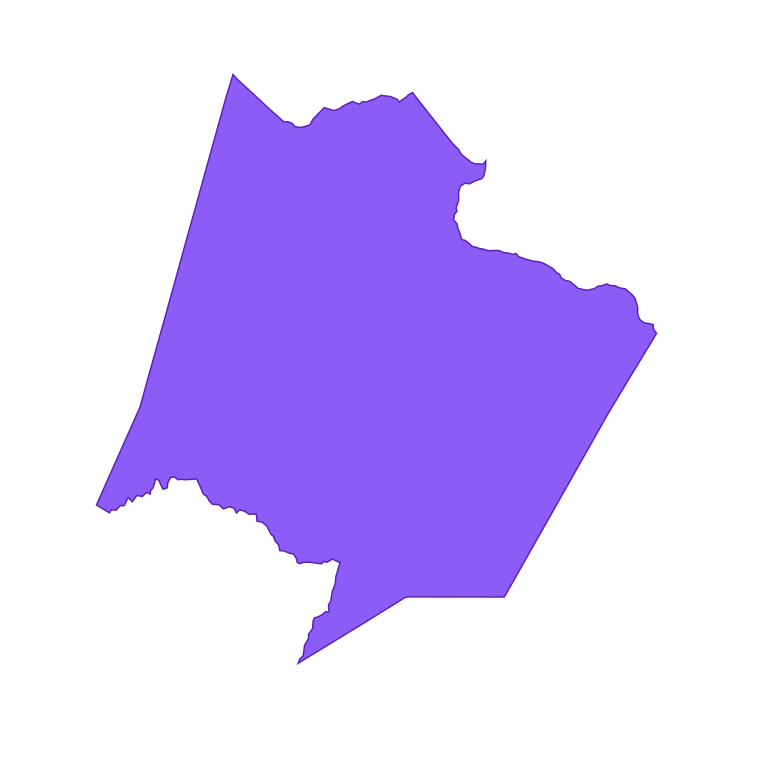 the district of Ibimirim, Pernambuco, Brazil, rotated 192°
{"feature_id": "56859067B15287287127442", "entity_name": "Ibimirim", "entity_type": "district", "adm_level": 2, "iso_a3": "BRA", "parent_name": "Brazil", "parent_adm1": "Pernambuco", "projection": "robinson", "projection_center": [-37.602, -8.575], "detail": "fine", "context": "isolated", "style": "filled", "palette": "violet", "viewbox_px": 768, "rotation_deg": 192, "n_neighbors": 0, "source": "geoboundaries", "source_scale": "gbopen_adm2", "svg_char_len": 2677}
<svg xmlns="http://www.w3.org/2000/svg" viewBox="0 0 768 768"><g transform="rotate(192 384 384)"><path d="M222.0,200.7L179.2,336.4L159.0,400.6L157.2,405.9L147.4,434.3L127.9,490.2L131.5,493.2L133.1,498.0L136.7,498.3L141.8,497.8L144.6,498.9L147.9,500.9L150.7,505.8L151.8,511.8L156.3,520.1L160.2,523.1L167.6,527.2L173.8,527.0L178.8,528.2L183.2,527.3L187.0,528.2L191.0,525.5L195.0,524.2L198.3,520.8L205.3,517.8L214.2,517.9L219.5,521.0L223.7,523.0L228.2,523.0L232.4,524.4L235.1,527.7L237.9,528.6L242.9,532.0L249.8,534.3L254.1,535.5L259.0,535.7L263.9,535.1L272.6,535.7L278.8,536.6L282.1,539.1L284.9,537.5L289.6,538.0L293.4,537.3L299.3,538.4L302.2,538.0L306.6,536.8L310.0,536.1L315.2,536.6L319.1,536.4L322.1,536.9L326.4,536.9L330.6,539.6L334.9,541.4L337.8,541.3L341.8,548.3L343.8,551.3L346.1,556.1L350.0,558.9L350.4,564.6L348.6,568.0L350.1,571.7L349.1,579.3L350.9,586.6L350.5,593.2L346.8,597.2L342.0,597.6L337.6,601.3L334.7,603.1L331.1,605.2L329.7,608.1L329.5,615.3L330.8,623.4L332.8,619.6L337.0,619.1L340.7,618.2L344.7,618.9L356.5,624.9L359.3,628.5L367.1,633.6L409.7,669.0L416.7,675.0L420.0,672.2L421.9,669.4L427.8,662.9L430.3,665.2L437.5,666.5L446.7,665.8L453.0,660.5L456.5,658.6L459.5,656.2L463.4,655.8L466.7,652.5L473.5,653.8L477.0,651.3L482.0,647.2L484.6,644.2L489.9,641.0L499.9,641.9L508.5,628.3L510.3,622.2L516.9,618.2L520.8,617.3L525.2,617.4L528.0,619.9L532.4,620.5L536.6,619.6L557.5,631.6L561.8,634.3L590.7,651.5L596.0,655.3L598.0,633.2L602.0,568.7L604.3,530.8L605.0,519.0L607.5,478.8L609.0,454.3L609.6,444.2L609.9,438.9L613.5,381.1L616.4,334.5L617.8,310.9L640.1,205.9L625.7,200.9L624.6,204.3L619.8,204.9L616.8,210.2L613.0,210.9L610.7,219.7L605.7,216.5L602.7,223.6L597.0,223.7L593.7,228.6L589.8,227.8L590.2,231.1L588.4,234.3L588.0,237.8L587.6,243.7L584.2,243.0L580.8,238.2L578.2,235.1L574.4,237.4L575.0,242.5L573.2,248.3L569.7,249.5L565.6,247.6L562.5,248.6L558.6,249.0L547.5,252.2L542.2,245.1L540.4,242.4L537.7,238.7L534.1,237.3L530.4,233.1L526.8,230.7L519.9,231.6L515.2,228.4L509.9,231.8L505.0,231.4L501.5,227.2L499.0,230.9L494.1,230.6L489.0,228.6L481.8,230.2L479.7,223.3L474.5,223.6L469.0,220.6L463.2,213.4L460.3,211.9L457.8,207.7L453.7,204.9L451.3,199.4L446.9,199.9L441.3,198.8L437.2,198.9L433.4,195.1L431.7,191.3L428.9,190.8L425.4,193.0L419.7,194.2L407.8,195.1L406.0,197.9L402.7,197.8L398.1,202.0L389.9,200.1L390.2,196.5L391.0,185.9L390.2,177.7L391.4,170.6L391.0,159.8L392.4,156.8L390.4,149.5L394.0,149.0L396.5,145.5L400.2,142.4L403.2,141.0L404.1,137.6L403.0,130.0L405.7,123.8L405.0,119.0L407.4,111.8L406.8,105.5L406.6,101.3L409.2,97.6L409.9,93.0L353.8,146.2L322.3,176.4L318.8,179.8L314.8,181.1L222.0,200.7Z" fill="#8b5cf6" stroke="#5b21b6" stroke-width="1.5"/></g></svg>